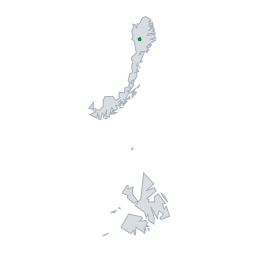 Ringebu nor, Oppland, Norway (highlighted), rotated 170°
{"feature_id": "86288312B31660011539204", "entity_name": "Ringebu nor", "entity_type": "district", "adm_level": 2, "iso_a3": "NOR", "parent_name": "Norway", "parent_adm1": "Oppland", "projection": "mercator", "projection_center": [10.18, 61.557], "detail": "fine", "context": "in_parent", "style": "filled", "palette": "green", "viewbox_px": 256, "rotation_deg": 170, "n_neighbors": 0, "source": "geoboundaries", "source_scale": "gbopen_adm2", "svg_char_len": 4207}
<svg xmlns="http://www.w3.org/2000/svg" viewBox="0 0 256 256"><g transform="rotate(170 128 128)"><path d="M135.2,157.1L130.7,159.3L131.4,160.7L130.3,164.8L125.3,163.2L124.1,168.0L120.7,168.5L118.7,172.3L119.5,175.1L116.8,180.9L113.9,182.2L113.7,188.2L111.2,193.4L112.5,194.2L112.5,196.8L106.8,200.2L106.7,212.5L108.9,214.8L107.1,217.0L107.7,222.5L105.3,225.6L105.2,229.5L102.7,228.0L102.0,224.6L100.8,229.0L98.9,228.4L94.7,234.0L91.2,234.7L86.7,230.7L87.0,229.0L88.5,229.8L89.3,229.1L87.8,228.5L89.4,225.8L85.5,227.8L86.1,225.3L88.8,224.2L87.3,224.0L88.6,221.7L91.2,220.0L88.6,221.0L85.6,225.3L85.8,222.6L87.2,222.4L85.6,220.4L87.1,218.9L85.5,219.3L85.2,216.8L91.3,217.3L93.0,215.7L85.5,215.8L86.2,214.0L84.9,211.5L88.2,212.1L90.4,211.5L85.6,209.7L94.5,205.9L90.4,206.0L92.9,203.5L96.1,205.2L94.7,203.1L95.9,200.1L102.5,201.1L104.6,197.4L100.4,200.7L98.9,199.4L104.7,190.6L107.8,189.7L109.0,188.0L106.7,188.4L109.4,183.5L108.6,182.4L112.4,180.9L109.6,181.4L109.9,178.3L112.6,174.6L116.5,174.0L113.6,173.5L115.2,171.1L117.1,172.9L117.4,171.5L114.7,169.2L118.3,165.8L119.3,168.6L118.9,165.1L123.0,164.2L119.9,163.4L124.6,158.1L125.1,155.5L126.9,156.8L126.2,155.3L129.4,152.6L129.3,155.9L131.3,151.3L130.7,156.6L132.6,155.0L132.2,151.6L136.3,152.3L134.5,148.8L138.5,147.5L140.5,151.0L144.7,141.7L147.8,143.5L145.6,149.9L150.0,142.6L150.2,147.2L151.4,146.3L153.3,141.0L155.7,142.0L154.2,144.8L155.3,144.9L155.1,148.6L157.0,143.1L163.4,147.8L156.8,149.6L159.6,153.1L163.3,153.9L157.4,159.3L158.5,155.4L157.9,153.7L153.7,150.3L148.7,153.6L147.7,159.5L145.3,162.9L137.6,161.8L135.2,157.1ZM119.1,28.9L123.8,33.2L123.3,40.1L125.5,36.5L126.4,42.2L134.6,50.4L127.8,55.9L120.4,81.0L112.3,68.5L121.1,62.9L112.6,64.8L111.3,61.1L121.8,55.3L119.7,54.0L120.7,51.6L114.4,50.7L114.2,55.4L109.7,58.0L104.3,47.1L107.5,47.1L106.2,41.7L103.9,44.3L102.3,33.9L111.4,32.2L112.0,33.9L107.9,37.1L112.2,40.9L114.8,33.8L119.3,46.7L117.8,34.8L119.1,28.9ZM129.6,21.3L137.3,28.9L139.4,21.4L140.4,22.2L139.8,26.5L143.6,23.5L152.1,31.4L142.3,43.2L130.8,38.4L129.4,36.7L132.7,34.1L126.5,33.9L125.1,31.0L126.9,29.1L124.1,27.3L128.4,27.8L127.9,23.9L129.6,25.8L129.6,21.3ZM135.2,52.6L140.8,59.3L139.8,61.6L145.1,65.0L138.8,71.7L137.7,71.1L138.5,67.8L133.2,69.1L135.4,62.6L131.1,54.4L135.2,52.6ZM117.6,163.1L120.0,161.8L113.1,166.1L116.5,162.7L116.8,159.1L118.7,157.1L117.6,163.1ZM121.3,156.4L124.6,156.1L120.8,158.9L121.3,156.4ZM124.5,154.3L129.2,150.7L126.7,154.5L124.5,154.3ZM101.9,47.9L105.7,55.0L106.6,58.1L103.6,54.6L101.9,47.9ZM115.4,159.5L116.0,162.7L113.4,161.9L115.4,159.5ZM140.7,143.5L138.9,146.0L136.4,145.0L139.3,144.5L140.7,143.5ZM141.1,145.3L140.2,148.2L139.2,147.4L141.1,145.3ZM110.2,166.4L112.6,165.7L110.0,167.7L110.2,166.4ZM171.2,26.3L165.0,27.9L171.5,26.0L171.2,26.3ZM156.0,46.9L159.6,47.8L154.2,48.7L156.0,46.9ZM146.4,141.5L148.3,140.8L148.9,141.5L146.4,141.5ZM142.3,144.6L141.9,146.1L141.4,144.8L142.3,144.6ZM132.3,148.8L132.3,150.3L131.6,149.8L132.3,148.8ZM127.9,105.9L127.7,107.8L126.7,106.3L127.9,105.9ZM151.5,51.1L149.8,50.7L149.7,49.7L151.5,51.1ZM103.3,190.6L103.8,191.6L102.4,191.3L103.3,190.6ZM129.2,148.5L130.1,149.1L130.6,150.0L129.2,148.5ZM125.2,23.5L125.9,25.5L124.8,24.7L125.2,23.5ZM96.6,199.4L95.1,199.5L96.6,199.0L96.6,199.4ZM94.4,201.0L93.9,201.8L93.6,201.4L94.4,201.0ZM109.6,168.0L108.7,169.1L109.6,167.3L109.6,168.0ZM85.3,220.8L85.1,221.9L85.0,220.4L85.3,220.8ZM108.0,182.6L107.6,181.8L108.1,181.8L108.0,182.6ZM160.0,151.7L159.8,152.9L159.7,152.7L160.0,151.7ZM108.4,183.4L107.5,183.6L108.6,183.2L108.4,183.4ZM105.9,185.3L106.0,186.1L105.5,185.8L105.9,185.3ZM84.9,215.8L84.5,216.5L84.6,215.9L84.9,215.8Z" fill="#d9dde1" stroke="#a8b0b8" stroke-width="1"/><path d="M100.8,214.7L101.0,214.6L101.3,214.6L101.5,214.5L101.7,214.4L101.8,214.4L101.8,214.5L101.8,214.4L102.3,214.1L102.3,213.9L102.3,213.7L102.2,213.5L102.2,213.3L102.2,213.2L102.2,212.8L102.1,212.6L102.0,212.4L101.8,212.4L101.8,212.5L101.7,212.5L101.4,212.8L101.3,212.7L101.1,212.5L100.8,212.5L100.4,212.3L100.3,212.5L100.2,212.5L100.1,212.8L100.1,213.0L100.3,213.2L100.3,213.3L100.4,213.5L100.4,213.8L100.3,214.0L100.2,214.2L100.2,214.5L100.4,214.5L100.6,214.6L100.8,214.7L100.8,214.7Z" fill="#22c55e" stroke="#15803d" stroke-width="1.5"/></g></svg>